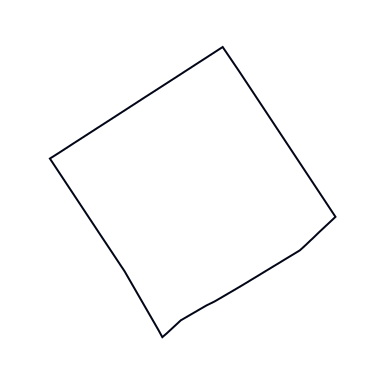 outline of Nova União, Rondônia, Brazil, rotated 9°
{"feature_id": "56859067B83973416791305", "entity_name": "Nova União", "entity_type": "district", "adm_level": 2, "iso_a3": "BRA", "parent_name": "Brazil", "parent_adm1": "Rondônia", "projection": "albers", "projection_center": [-62.528, -10.891], "detail": "fine", "context": "isolated", "style": "outline", "palette": "ink", "viewbox_px": 384, "rotation_deg": 9, "n_neighbors": 0, "source": "geoboundaries", "source_scale": "gbopen_adm2", "svg_char_len": 575}
<svg xmlns="http://www.w3.org/2000/svg" viewBox="0 0 384 384"><g transform="rotate(9 192 192)"><path d="M46.4,181.2L107.6,248.0L117.0,258.2L127.1,269.2L133.7,276.4L137.7,280.7L180.7,333.9L185.4,340.0L189.3,335.4L201.0,320.5L210.1,313.1L218.7,306.1L224.0,301.8L231.4,296.6L243.4,286.8L256.4,276.1L293.4,244.8L299.8,239.4L307.6,232.8L312.9,226.2L316.6,221.3L318.3,219.2L323.9,211.7L335.9,196.3L337.6,194.1L219.4,65.1L199.6,44.0L176.2,65.0L153.6,85.3L129.4,106.9L108.5,125.7L88.5,143.6L67.6,162.3L54.5,174.1L46.4,181.2Z" fill="none" stroke="#020617" stroke-width="2"/></g></svg>